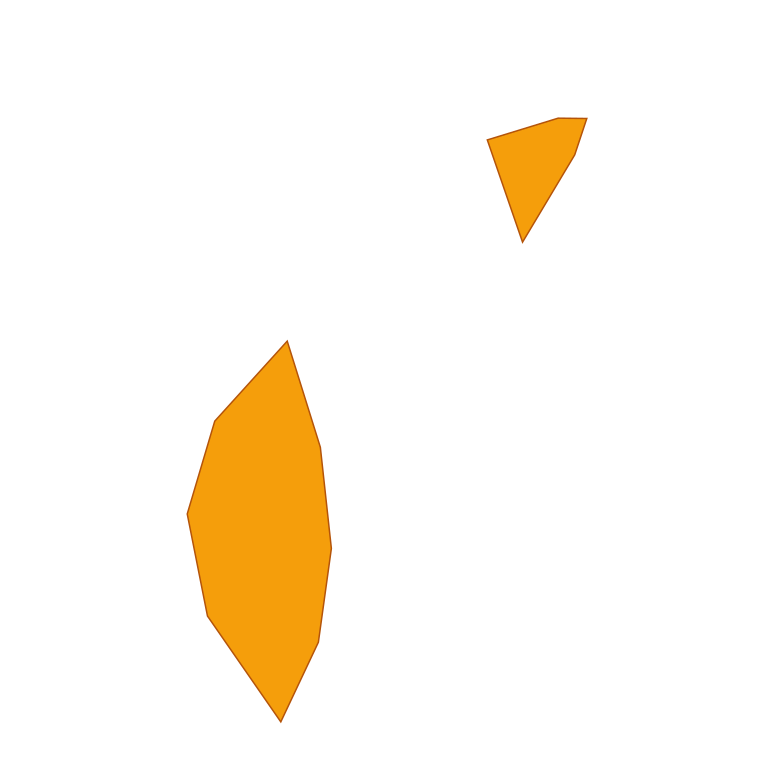 the border of Midway Islands, rotated 306°
{"feature_id": "UMI-5176", "entity_name": "Midway Islands", "entity_type": "state/province", "adm_level": 1, "iso_a3": "UMI", "parent_name": "United States Minor Outlying Islands", "parent_adm1": "", "projection": "equal_earth", "projection_center": [-177.354, 28.206], "detail": "fine", "context": "isolated", "style": "filled", "palette": "amber", "viewbox_px": 768, "rotation_deg": 306, "n_neighbors": 0, "source": "natural_earth", "source_scale": "10m", "svg_char_len": 350}
<svg xmlns="http://www.w3.org/2000/svg" viewBox="0 0 768 768"><g transform="rotate(306 384 384)"><path d="M361.8,280.5L295.4,369.7L220.0,438.1L136.5,482.7L50.0,499.1L92.5,377.6L163.2,301.2L254.5,268.9L361.8,280.5ZM642.2,324.1L701.4,368.6L718.0,392.0L681.5,403.6L580.2,412.7L642.2,324.1Z" fill="#f59e0b" stroke="#b45309" stroke-width="1.5"/></g></svg>